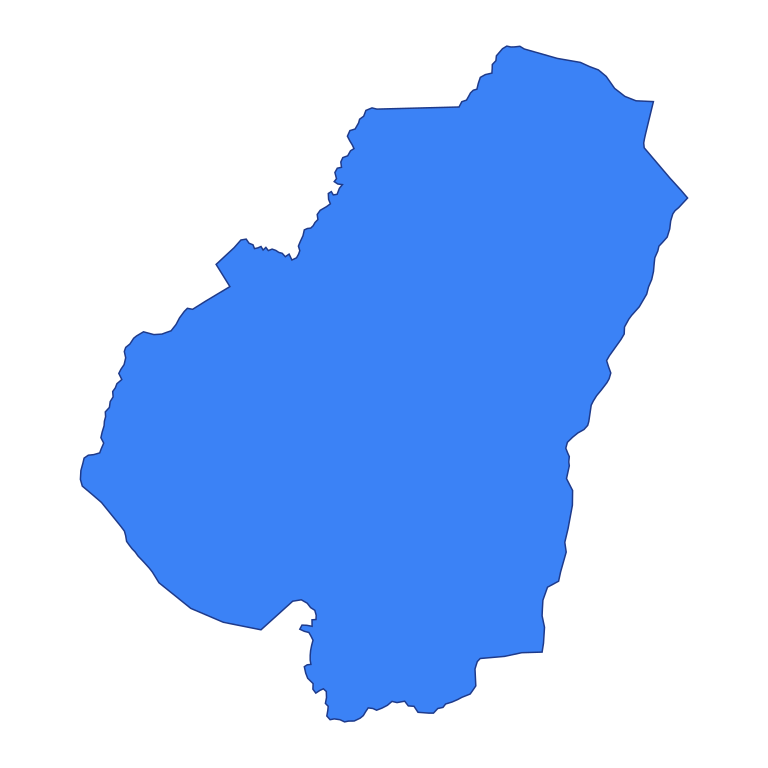 Rio Negro, Mato Grosso do Sul, Brazil
{"feature_id": "56859067B53049128756879", "entity_name": "Rio Negro", "entity_type": "district", "adm_level": 2, "iso_a3": "BRA", "parent_name": "Brazil", "parent_adm1": "Mato Grosso do Sul", "projection": "robinson", "projection_center": [-54.985, -19.444], "detail": "fine", "context": "isolated", "style": "filled", "palette": "blue", "viewbox_px": 768, "rotation_deg": 0, "n_neighbors": 0, "source": "geoboundaries", "source_scale": "gbopen_adm2", "svg_char_len": 3694}
<svg xmlns="http://www.w3.org/2000/svg" viewBox="0 0 768 768"><path d="M82.3,486.1L86.3,489.5L91.9,494.2L101.5,502.5L120.7,526.2L124.4,531.1L125.7,535.8L126.6,541.4L129.4,545.3L132.1,548.8L135.1,551.9L138.1,556.1L143.4,561.6L149.2,568.0L152.4,572.1L156.1,578.1L159.0,582.8L190.8,608.4L223.4,622.3L261.0,629.8L292.7,601.2L301.3,599.8L307.2,603.2L310.6,607.6L314.8,610.3L316.2,615.3L316.0,619.5L312.0,619.8L312.1,626.3L306.8,625.3L302.0,625.1L299.8,629.2L304.3,631.3L308.9,632.5L310.9,636.0L313.0,640.2L311.6,645.5L310.6,650.6L310.2,655.4L310.2,660.2L310.9,664.4L307.2,664.8L304.3,666.7L305.7,673.1L307.7,678.3L313.1,683.6L312.9,689.2L315.8,693.1L319.9,690.4L323.4,688.8L326.3,691.5L326.5,697.6L325.4,703.4L328.2,706.3L327.8,710.4L326.8,716.0L330.1,719.7L334.2,718.9L340.0,719.7L344.6,721.9L348.5,721.1L354.2,721.0L360.1,718.2L363.3,715.6L365.7,711.6L368.2,707.9L372.9,708.5L376.6,710.2L382.0,708.1L387.4,705.3L392.0,701.4L397.0,702.6L404.7,701.2L408.3,705.9L414.0,706.3L418.0,712.3L428.7,713.1L433.5,713.1L437.8,708.5L443.0,707.4L445.6,704.0L452.1,702.0L457.8,699.5L461.9,697.3L465.7,695.8L470.2,694.0L473.3,689.6L475.8,685.9L475.0,669.0L476.1,665.3L477.3,661.6L480.2,658.5L504.5,656.4L521.7,652.7L542.1,652.1L543.5,643.2L544.5,627.3L542.1,615.8L542.4,608.8L542.9,600.2L547.5,587.2L558.6,581.2L560.6,571.9L566.2,552.1L564.8,542.3L568.1,528.4L572.4,505.2L572.6,490.5L566.5,478.6L567.6,473.6L569.3,465.8L568.8,462.0L569.3,456.6L567.6,452.8L565.8,448.2L567.4,442.3L572.4,437.4L577.8,433.0L584.0,429.5L587.7,425.4L588.8,421.5L591.2,405.2L593.3,401.0L596.6,395.7L601.4,389.9L606.9,382.7L609.1,378.8L610.8,373.0L608.6,366.9L606.6,360.6L609.4,355.7L620.9,339.6L624.2,334.0L624.5,327.0L628.8,319.2L631.5,315.5L639.2,306.9L646.7,294.1L648.5,287.0L651.7,279.5L653.5,271.4L654.2,263.3L654.8,257.8L657.8,251.0L658.9,246.2L662.5,242.4L667.2,237.1L669.7,229.0L670.7,220.9L672.8,213.9L675.1,210.6L678.6,207.7L687.6,198.0L681.3,190.6L672.7,181.1L670.2,178.4L644.2,147.8L643.7,143.0L644.5,138.6L645.5,134.1L653.4,101.6L636.0,100.8L624.9,96.4L618.9,91.7L614.6,88.4L606.2,76.4L598.4,69.9L589.6,66.6L580.4,62.4L557.3,58.4L524.3,49.0L519.9,46.3L514.6,46.9L510.9,47.0L506.8,46.1L502.5,48.7L500.1,51.5L496.4,55.8L495.9,60.7L492.3,64.5L492.2,68.6L491.9,73.1L485.3,74.6L480.3,77.4L478.3,83.4L476.9,89.2L473.3,90.2L470.5,92.9L468.6,96.4L466.5,100.1L461.8,101.7L459.0,107.0L376.9,109.1L372.0,107.9L365.9,110.4L363.7,116.2L359.6,119.2L358.6,122.9L355.1,129.0L349.9,130.6L347.4,136.2L349.7,140.7L352.2,144.8L354.0,148.6L350.5,150.8L347.7,155.8L342.8,157.6L340.8,162.0L341.5,167.3L337.3,168.2L334.9,172.5L336.5,178.7L334.2,181.6L337.8,184.0L342.4,184.6L339.4,188.3L337.1,194.3L333.3,194.9L331.3,191.6L328.3,193.5L328.6,199.4L330.4,203.8L326.6,206.6L320.2,210.3L317.2,214.5L317.9,219.5L315.0,222.5L313.2,225.7L310.7,228.1L307.4,228.5L304.3,229.9L303.0,235.7L300.3,241.5L298.4,246.1L299.8,250.7L298.5,254.3L296.5,257.8L291.9,260.0L289.1,254.1L285.3,256.7L282.2,253.3L278.8,252.4L275.8,250.4L272.1,249.1L268.3,250.6L265.9,247.4L263.1,250.0L261.0,246.5L257.8,247.9L254.5,248.6L253.0,244.8L249.0,243.2L246.2,239.1L240.9,240.0L234.1,247.7L216.1,264.4L229.9,286.6L206.0,300.9L192.6,309.3L187.4,308.3L184.3,311.4L179.5,317.9L176.1,324.4L171.1,330.8L165.9,332.6L161.9,334.1L153.9,334.6L143.5,331.8L136.6,335.9L133.7,338.2L129.9,344.0L125.7,347.4L124.3,351.5L125.7,357.8L124.1,364.6L120.9,369.3L118.8,373.4L121.8,379.5L116.9,383.7L115.3,387.9L112.7,391.5L113.1,396.9L110.2,401.6L109.4,407.4L105.3,411.9L105.6,416.7L104.4,421.2L104.1,425.7L102.1,432.3L100.9,437.7L103.7,443.1L101.2,448.9L99.7,452.9L93.8,454.6L88.3,455.2L84.1,458.1L83.0,462.8L80.9,470.5L80.4,479.4L82.3,486.1Z" fill="#3b82f6" stroke="#1e3a8a" stroke-width="1.5"/></svg>